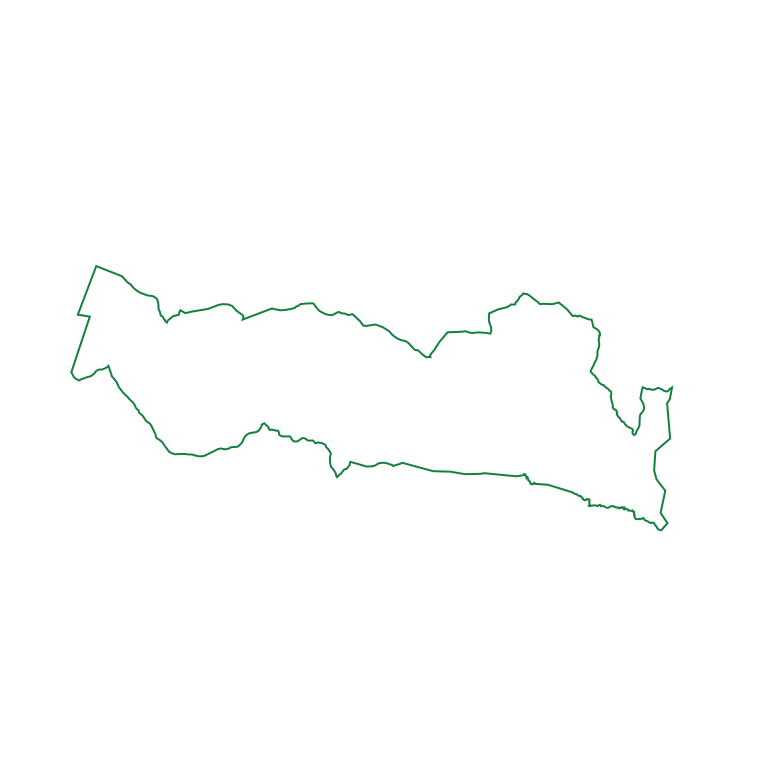 outline of Afigya Kwabre North, Ashanti, Ghana, rotated 288°
{"feature_id": "2480657B47912218033723", "entity_name": "Afigya Kwabre North", "entity_type": "district", "adm_level": 2, "iso_a3": "GHA", "parent_name": "Ghana", "parent_adm1": "Ashanti", "projection": "natural_earth1", "projection_center": [-1.628, 7.039], "detail": "fine", "context": "isolated", "style": "outline", "palette": "green", "viewbox_px": 768, "rotation_deg": 288, "n_neighbors": 0, "source": "geoboundaries", "source_scale": "gbopen_adm2", "svg_char_len": 6156}
<svg xmlns="http://www.w3.org/2000/svg" viewBox="0 0 768 768"><g transform="rotate(288 384 384)"><path d="M469.7,659.0L467.1,657.0L465.1,656.3L464.2,655.2L464.0,652.8L464.8,649.7L465.0,645.7L462.3,643.0L461.9,641.9L461.3,640.9L461.3,637.7L460.4,636.2L460.8,631.1L458.0,631.2L449.5,632.3L445.4,636.7L441.9,638.8L440.4,639.0L437.9,638.7L434.2,637.2L431.7,637.4L423.4,639.8L420.6,639.5L417.3,638.8L414.3,638.7L412.9,637.9L413.5,636.0L415.2,635.0L416.8,635.4L418.0,633.8L418.7,628.7L420.4,625.3L421.8,624.0L422.1,622.6L421.7,621.9L424.4,618.7L426.0,616.0L427.1,614.7L429.1,614.7L429.4,613.7L430.2,613.5L431.3,612.2L430.9,610.8L432.0,609.4L432.1,608.9L434.8,608.0L439.8,604.7L441.2,604.2L442.0,603.5L445.1,603.3L446.2,602.5L446.9,602.3L447.6,600.1L448.7,598.4L449.4,595.6L450.7,593.7L450.8,590.9L452.1,587.3L453.8,586.5L455.0,585.0L455.8,583.3L456.7,582.7L457.9,579.6L459.6,576.7L460.7,576.6L463.9,577.0L465.7,577.5L468.8,577.6L472.7,578.4L477.8,578.1L479.9,577.2L481.2,576.9L486.4,577.0L489.4,576.0L492.5,574.4L494.2,574.4L496.7,573.7L497.0,574.4L497.7,574.4L498.4,573.8L499.8,573.2L501.7,570.3L502.9,565.5L506.6,563.3L509.3,561.6L508.7,558.2L509.4,548.4L508.0,547.4L508.3,545.2L507.0,542.5L511.7,534.8L515.5,524.9L512.4,520.2L511.6,518.3L509.6,511.0L508.2,507.7L508.8,506.2L509.7,504.4L511.3,499.5L512.4,497.0L513.7,492.8L513.2,488.9L512.9,488.2L510.7,487.6L509.0,486.1L507.4,486.1L505.8,485.5L504.0,485.2L502.7,484.1L500.2,484.2L499.5,482.4L498.9,480.2L497.9,479.7L495.4,477.6L491.7,472.0L490.8,470.1L483.7,462.2L477.3,463.9L473.9,465.9L471.2,468.3L467.3,469.7L464.7,469.4L464.3,465.8L462.3,458.0L461.2,455.2L459.8,452.5L459.3,449.6L459.4,445.6L457.4,441.0L452.8,428.5L440.4,423.4L437.4,422.8L435.4,422.1L433.4,421.8L429.7,420.5L428.0,419.7L425.2,418.9L424.0,419.8L423.6,418.2L422.5,416.1L422.7,415.1L423.7,412.2L426.5,406.1L426.5,405.0L426.1,404.6L426.0,402.8L427.1,400.5L428.2,399.2L428.8,397.4L430.5,394.7L431.5,391.1L431.0,387.1L431.5,382.0L433.1,377.2L435.9,372.3L437.6,365.3L438.0,357.7L433.5,348.6L433.2,345.9L433.8,345.4L436.7,341.2L437.1,340.0L439.9,334.5L440.6,332.2L438.6,328.9L438.8,324.5L438.1,322.0L438.6,319.3L438.0,317.9L433.4,313.4L432.6,309.7L432.4,306.9L433.3,301.1L433.9,299.2L436.8,294.7L438.5,292.5L438.7,291.3L436.8,285.8L434.0,279.6L432.2,278.7L430.5,276.5L428.6,275.5L425.8,270.9L424.0,267.3L422.0,262.5L421.8,259.8L421.3,256.6L421.3,254.2L401.6,229.7L404.0,229.7L405.7,228.6L408.2,220.9L411.3,215.4L411.5,211.1L410.1,205.9L408.0,202.1L401.0,193.4L393.6,179.1L390.0,173.2L391.2,167.5L388.3,167.2L386.5,167.5L383.4,162.6L378.4,159.3L376.9,158.6L375.3,158.5L376.2,156.5L377.4,155.5L377.9,154.4L379.6,152.9L380.2,150.5L383.6,148.4L385.2,146.7L391.3,144.3L394.2,142.2L394.8,141.6L395.3,140.6L396.1,137.4L395.8,134.7L395.1,131.5L395.5,124.0L396.5,119.7L397.7,116.6L400.3,112.4L401.6,108.4L405.5,101.4L407.2,73.9L355.3,71.4L357.2,83.4L298.6,83.0L294.9,86.8L294.2,87.9L293.5,90.2L293.2,92.9L295.1,94.7L299.0,99.9L300.7,102.6L303.9,104.9L305.1,105.5L307.1,106.1L309.0,107.6L309.6,108.4L310.7,111.4L312.2,113.3L314.3,115.4L316.1,116.3L315.2,117.1L313.1,118.5L308.6,121.9L307.4,122.6L306.2,124.4L305.8,125.4L303.1,129.2L299.2,132.7L295.3,138.3L292.8,143.2L292.4,144.2L290.7,147.0L289.5,149.5L289.0,150.8L287.4,153.0L284.6,155.5L283.9,156.6L283.0,158.8L281.1,159.9L279.2,164.3L275.2,169.4L274.1,173.2L273.1,174.9L265.9,181.9L263.7,183.2L262.3,184.3L261.4,188.1L260.1,191.2L257.0,195.1L253.1,200.7L252.5,205.1L252.6,206.8L255.9,216.0L256.7,220.5L257.6,222.9L257.8,228.5L258.3,231.3L259.7,234.7L261.9,237.2L267.5,243.0L270.8,246.2L272.3,248.9L272.7,252.4L273.3,254.3L275.2,256.9L276.4,257.7L278.4,262.4L278.8,263.7L280.1,264.9L284.2,267.1L287.0,267.4L288.0,267.4L291.6,268.2L292.9,269.0L294.3,270.0L295.6,271.3L296.5,272.7L297.4,274.8L299.2,277.8L300.8,279.2L304.5,280.3L306.7,280.6L307.5,280.3L309.5,282.0L309.6,282.5L308.5,284.6L307.5,287.2L305.5,288.6L305.0,290.0L305.9,291.0L305.9,292.2L306.4,293.9L306.1,295.7L306.6,296.5L306.9,297.4L306.3,298.4L303.2,300.2L302.7,303.4L305.1,310.8L303.5,312.6L301.7,315.3L301.7,316.7L302.8,319.6L304.5,320.8L307.3,323.0L307.7,324.2L307.7,326.6L307.0,328.0L306.8,329.7L308.3,333.7L307.9,334.7L306.8,336.1L306.5,337.3L308.0,339.1L308.6,343.9L307.9,347.4L306.0,348.5L305.2,350.5L302.7,353.7L301.3,355.0L297.1,355.3L292.2,357.2L289.5,358.8L288.3,360.0L287.1,362.2L284.5,365.4L282.3,366.7L280.9,368.2L282.0,368.8L283.6,369.3L285.1,370.6L290.4,372.6L291.2,373.7L291.6,374.6L296.1,376.3L299.6,376.0L300.1,391.4L300.1,392.6L301.3,396.3L303.1,400.0L307.0,403.6L308.2,405.9L308.8,407.6L309.5,410.1L309.5,413.2L309.4,416.9L308.7,418.2L309.7,419.0L310.5,420.1L312.6,423.5L314.7,425.7L316.3,457.9L321.1,474.0L323.3,489.0L328.5,503.8L330.1,506.7L337.2,538.7L340.6,545.3L341.2,545.6L341.7,545.3L341.8,545.6L341.7,546.1L341.4,546.5L338.6,548.6L339.7,549.0L339.4,549.5L338.2,550.6L337.0,551.0L336.6,551.8L336.4,552.9L335.1,553.5L334.2,554.7L334.1,554.9L335.1,556.2L335.0,557.1L336.5,557.4L335.8,559.1L335.9,559.4L338.8,570.8L339.2,597.0L338.5,598.6L338.7,601.5L338.0,602.6L337.9,604.3L338.2,605.8L337.0,607.4L336.7,608.4L335.9,608.9L335.4,610.7L336.4,611.8L336.5,612.5L337.4,612.8L337.6,615.1L336.1,615.4L335.6,615.8L334.4,615.9L333.0,616.9L331.5,616.4L331.6,618.0L332.5,619.0L333.9,622.4L333.9,625.1L334.8,625.4L335.9,626.8L334.8,628.1L335.6,629.2L335.7,631.4L335.5,631.9L335.2,633.4L335.3,634.9L335.7,635.6L337.6,637.3L337.9,638.2L338.5,638.9L338.7,639.4L338.5,640.3L338.4,642.4L338.4,643.4L338.8,644.4L338.3,645.6L339.1,646.0L339.0,647.3L339.0,647.6L340.0,647.7L340.2,647.8L340.6,649.6L340.5,650.0L340.9,650.8L340.2,651.1L339.4,650.4L339.0,651.0L339.2,651.6L340.0,653.1L340.0,654.6L339.1,655.3L339.5,656.4L339.9,659.3L340.3,659.5L339.6,660.1L339.6,660.5L339.9,661.1L339.7,661.3L336.8,662.2L336.6,662.4L336.6,663.1L335.1,663.2L333.4,665.2L333.8,667.1L335.7,671.2L336.7,672.0L336.2,672.9L335.0,674.3L335.0,676.8L334.6,677.9L334.1,681.0L335.1,681.9L335.3,683.7L333.4,685.6L333.0,686.7L330.5,689.5L330.6,690.6L330.3,692.1L330.7,692.6L330.7,692.9L339.2,696.6L346.9,686.9L369.4,684.5L377.6,672.6L385.3,667.6L403.9,662.9L420.5,673.0L453.2,659.2L458.1,660.5L469.7,659.0Z" fill="none" stroke="#15803d" stroke-width="2"/></g></svg>